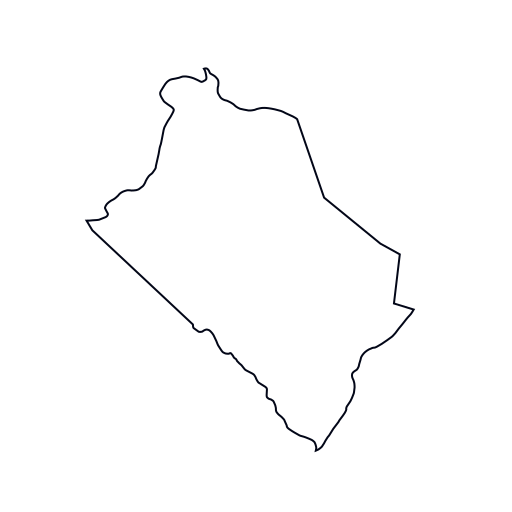 San Juan, La Paz, Honduras, rotated 234°
{"feature_id": "27666195B87762475019358", "entity_name": "San Juan", "entity_type": "district", "adm_level": 2, "iso_a3": "HND", "parent_name": "Honduras", "parent_adm1": "La Paz", "projection": "albers", "projection_center": [-87.732, 13.955], "detail": "fine", "context": "isolated", "style": "outline", "palette": "ink", "viewbox_px": 512, "rotation_deg": 234, "n_neighbors": 0, "source": "geoboundaries", "source_scale": "gbopen_adm2", "svg_char_len": 6095}
<svg xmlns="http://www.w3.org/2000/svg" viewBox="0 0 512 512"><g transform="rotate(234 256 256)"><path d="M384.2,139.7L373.0,138.7L237.7,164.7L236.5,164.0L235.7,163.5L234.8,163.2L234.5,163.2L234.3,163.2L228.8,165.0L228.5,165.1L228.0,165.5L227.6,166.0L227.2,166.5L226.8,167.3L226.5,167.8L226.4,168.5L226.4,169.6L226.3,170.6L226.0,171.8L225.7,172.5L225.4,173.0L225.2,173.2L224.5,173.8L223.8,174.3L222.8,174.7L221.3,175.0L220.1,175.1L219.0,175.2L216.8,175.1L210.4,173.9L207.7,173.2L206.3,172.9L205.3,172.8L201.9,172.6L199.5,172.5L197.9,172.6L197.3,172.8L196.3,173.3L195.1,174.0L194.4,174.7L193.6,175.6L193.0,176.5L192.9,176.6L192.8,177.4L192.6,178.0L192.4,178.3L192.1,178.5L191.2,178.6L190.0,178.7L188.9,178.7L187.3,178.5L186.6,178.5L186.0,178.6L185.0,179.0L184.4,179.2L183.6,179.2L182.4,179.0L181.8,179.0L180.6,179.2L179.0,179.4L177.8,179.7L176.6,180.0L176.0,180.1L173.0,180.2L171.1,180.3L170.5,180.4L169.8,180.6L168.5,181.2L163.1,183.9L162.1,184.3L161.5,184.5L160.6,184.6L159.3,184.5L158.2,184.4L156.7,184.0L155.6,183.8L153.6,183.6L152.3,183.6L151.7,183.8L144.5,186.7L143.8,186.8L143.4,186.9L142.9,186.9L142.1,186.7L141.6,186.4L137.3,182.9L136.4,182.3L135.7,182.0L135.3,181.9L135.0,181.9L134.5,182.0L133.6,182.2L132.7,182.6L131.5,183.5L130.9,183.9L129.8,184.3L129.0,184.6L128.6,184.7L128.2,184.7L127.4,184.6L126.5,184.4L124.6,184.0L123.6,183.7L121.5,182.8L121.0,182.5L120.0,181.8L119.5,181.5L118.6,181.1L117.8,180.9L116.7,180.9L115.2,181.0L114.1,181.2L112.3,181.7L110.7,182.1L108.5,182.4L107.7,182.5L107.3,182.5L106.7,182.5L105.5,182.2L101.2,181.3L100.8,181.2L100.3,180.9L99.7,180.7L99.2,180.6L98.6,180.6L97.4,180.8L96.4,181.1L93.1,182.3L90.7,183.3L85.4,185.7L84.4,186.3L81.9,188.3L80.2,189.5L77.2,191.4L75.3,192.5L74.6,192.9L73.6,193.3L72.6,193.6L71.6,193.8L71.2,193.9L70.4,193.8L69.0,193.5L67.8,193.1L66.3,192.5L65.4,192.0L65.0,191.7L64.5,191.2L63.4,190.0L63.1,191.3L62.9,192.1L62.8,193.0L62.8,194.2L62.8,195.3L62.9,196.0L63.0,197.0L63.2,197.7L63.5,198.4L64.4,200.8L65.8,203.7L66.7,206.0L67.3,207.5L67.7,209.2L68.0,210.1L70.8,217.0L73.2,225.0L74.1,227.0L75.7,232.2L76.8,235.3L77.2,236.2L77.5,236.8L78.0,237.8L78.6,238.6L79.0,239.0L79.7,239.4L79.9,239.6L80.1,239.9L80.5,240.4L80.9,241.1L81.4,242.5L83.0,246.9L83.3,247.5L84.7,250.1L85.7,251.7L87.3,254.2L87.9,254.9L88.6,255.6L89.9,256.8L91.6,258.4L93.0,259.4L94.8,260.5L96.1,261.1L97.2,261.5L98.4,261.9L100.1,262.2L101.4,262.6L102.2,263.0L102.9,263.4L103.6,264.0L104.0,264.4L104.3,264.8L104.5,265.3L104.7,265.8L104.8,266.4L104.9,267.3L104.9,268.2L104.8,269.6L104.8,270.4L104.8,270.9L105.0,271.5L105.4,272.5L105.9,273.5L106.4,274.3L108.0,276.1L110.5,279.4L112.1,281.3L112.5,282.0L113.2,283.6L113.7,285.3L113.9,286.2L114.1,287.3L114.2,289.1L114.2,290.6L114.0,292.7L113.5,294.7L113.3,295.8L113.0,296.6L112.7,297.2L112.1,298.2L111.9,298.8L111.6,300.2L111.4,302.1L111.0,306.1L110.9,309.4L110.8,312.4L110.8,316.3L110.8,318.1L110.9,319.4L111.1,320.5L111.7,323.4L112.5,326.0L113.4,328.9L114.7,334.0L115.6,337.2L116.4,340.0L117.1,342.7L117.6,345.2L118.0,347.1L118.5,348.5L119.0,349.8L120.0,352.1L136.5,339.7L172.8,373.3L192.9,363.9L263.2,345.4L342.5,369.7L343.6,369.4L344.7,369.0L347.3,367.8L354.0,364.0L355.0,363.5L356.6,362.7L357.6,362.1L358.7,361.4L361.3,359.3L363.6,357.4L366.2,355.0L368.3,352.9L369.9,351.1L371.0,349.7L372.1,348.1L372.8,346.8L373.3,345.8L373.9,344.3L374.4,343.1L375.0,340.9L375.6,339.6L376.4,338.0L377.3,336.6L378.1,335.5L379.6,334.1L381.5,332.3L384.1,330.0L384.7,329.5L385.5,329.1L386.6,328.5L388.1,327.9L389.3,327.5L391.4,327.1L392.2,326.9L394.0,326.2L395.4,325.6L396.5,325.0L397.8,324.3L398.8,323.7L400.1,322.6L400.8,322.1L401.6,321.6L402.7,321.1L403.4,320.8L404.3,320.6L405.0,320.5L405.7,320.5L407.0,320.6L408.8,320.8L409.8,320.9L410.6,321.2L411.3,321.5L412.2,322.1L413.1,322.7L413.8,323.3L414.8,324.1L415.8,325.4L416.1,325.7L417.3,326.7L418.1,327.4L419.0,327.9L419.7,328.3L420.4,328.6L421.1,328.7L421.9,328.8L423.2,328.7L424.3,328.6L425.4,328.4L426.3,328.1L427.2,327.8L429.8,326.6L430.4,326.4L430.8,326.3L431.0,326.3L431.8,326.4L433.6,326.8L434.7,326.8L435.9,326.7L436.3,326.5L436.8,326.2L437.1,325.8L437.6,325.2L437.9,324.5L438.1,323.9L437.2,323.8L436.3,323.7L435.5,323.5L434.6,323.2L432.4,322.3L431.4,321.8L429.7,320.9L429.2,320.5L428.8,320.1L428.5,319.9L428.3,319.5L428.2,319.1L428.1,318.8L428.1,317.9L428.3,316.4L428.4,315.5L428.7,314.7L428.8,314.4L429.1,314.1L429.8,313.6L432.6,312.2L436.1,310.2L437.4,309.3L438.5,308.5L440.5,306.8L441.2,306.1L442.2,305.1L443.0,304.1L443.6,303.2L444.2,302.3L444.4,301.8L444.7,301.0L445.1,299.6L445.4,298.6L446.9,295.1L448.4,292.0L448.8,290.9L449.1,289.9L449.2,288.5L449.2,287.5L449.1,286.3L448.8,285.0L448.5,283.8L447.1,280.2L446.0,277.6L445.4,276.2L444.8,275.0L444.4,274.5L443.7,273.9L442.8,273.4L441.8,273.1L440.2,272.8L438.2,272.6L436.7,272.5L435.2,272.4L434.8,272.5L433.9,272.7L430.4,273.8L426.8,275.1L426.2,275.3L424.6,275.6L424.0,275.7L423.2,275.6L422.6,275.4L422.2,275.0L421.7,274.4L421.1,273.4L420.0,271.2L418.8,268.6L417.0,263.9L415.8,261.3L414.6,258.9L413.9,257.5L413.3,256.7L412.3,255.4L410.8,253.8L406.0,248.7L403.8,246.3L402.4,244.7L400.9,242.6L399.7,241.2L398.6,240.1L395.6,237.0L387.8,228.1L387.5,227.8L386.7,227.1L386.2,226.6L385.6,225.4L385.1,224.1L384.4,222.0L384.1,221.1L384.0,220.4L383.9,219.8L383.9,219.1L383.9,218.1L383.8,217.3L383.6,216.1L383.2,214.9L382.6,213.3L381.9,211.8L381.3,210.6L380.5,209.4L380.1,208.5L379.5,207.2L379.1,205.9L379.0,205.1L378.9,200.8L379.0,199.9L379.3,198.9L379.6,198.0L380.0,197.2L381.1,195.3L382.2,193.7L382.7,193.2L384.0,191.7L384.5,191.0L384.8,190.5L385.2,189.6L385.7,188.2L386.0,187.2L386.3,186.0L386.5,184.3L386.5,182.8L386.3,181.4L385.9,179.9L385.8,178.9L385.6,177.4L385.5,175.5L385.6,173.8L385.9,171.8L386.0,170.6L386.0,169.5L386.0,168.6L385.8,166.5L385.6,165.7L385.4,165.0L385.0,164.1L384.7,163.5L384.2,162.7L383.8,162.2L383.7,162.1L383.2,161.9L380.2,161.4L377.6,161.1L377.1,160.9L376.8,160.7L376.5,160.4L376.3,160.0L376.1,159.7L375.9,159.2L375.8,158.6L375.8,158.1L375.8,157.6L375.9,157.0L377.3,151.5L377.5,150.7L377.7,150.1L378.7,148.3L380.8,145.0L382.4,142.3L384.2,139.7Z" fill="none" stroke="#020617" stroke-width="2"/></g></svg>